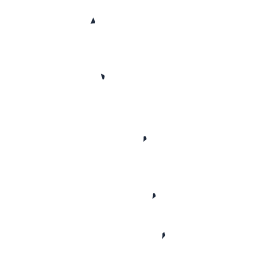 the border of Gaafu Alifu, rotated 176°
{"feature_id": "MDV-5240", "entity_name": "Gaafu Alifu", "entity_type": "Atoll", "adm_level": 1, "iso_a3": "MDV", "parent_name": "Maldives", "parent_adm1": "", "projection": "equal_earth", "projection_center": [73.409, 0.614], "detail": "coarse", "context": "isolated", "style": "filled", "palette": "slate", "viewbox_px": 256, "rotation_deg": 176, "n_neighbors": 0, "source": "natural_earth", "source_scale": "10m", "svg_char_len": 701}
<svg xmlns="http://www.w3.org/2000/svg" viewBox="0 0 256 256"><g transform="rotate(176 128 128)"><path d="M156.8,235.5L155.1,238.8L154.4,236.8L154.2,236.3L154.4,235.5L155.5,235.6L156.8,235.5ZM149.3,178.4L149.3,178.5L150.2,182.7L148.7,181.9L148.5,181.0L148.9,179.8L149.3,178.4ZM112.6,114.9L112.4,116.1L112.4,117.2L112.2,117.9L111.5,117.8L111.1,116.2L111.3,115.6L112.1,115.3L112.6,114.9ZM107.4,57.3L107.1,58.5L107.1,59.6L106.9,60.4L106.6,60.3L106.3,60.2L105.9,58.5L106.2,58.0L106.2,57.9L106.6,57.8L106.8,57.7L107.4,57.3ZM100.6,17.1L100.4,18.1L100.4,18.3L100.4,19.2L100.3,19.6L100.3,20.0L99.6,20.5L99.2,18.8L99.4,18.1L100.1,17.6L100.6,17.1Z" fill="#64748b" stroke="#1e293b" stroke-width="1.5"/></g></svg>